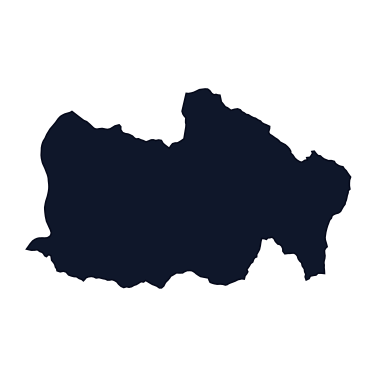 the district of Avaré, São Paulo, Brazil, rotated 98°
{"feature_id": "56859067B63213582970930", "entity_name": "Avaré", "entity_type": "district", "adm_level": 2, "iso_a3": "BRA", "parent_name": "Brazil", "parent_adm1": "São Paulo", "projection": "mercator", "projection_center": [-48.891, -23.063], "detail": "fine", "context": "isolated", "style": "filled", "palette": "ink", "viewbox_px": 384, "rotation_deg": 98, "n_neighbors": 0, "source": "geoboundaries", "source_scale": "gbopen_adm2", "svg_char_len": 4658}
<svg xmlns="http://www.w3.org/2000/svg" viewBox="0 0 384 384"><g transform="rotate(98 192 192)"><path d="M128.9,322.1L130.2,323.7L131.1,325.7L132.5,328.8L134.0,331.0L135.5,332.8L138.0,334.6L141.9,336.6L143.4,337.5L145.5,338.8L149.4,341.3L155.2,343.8L159.4,345.0L162.0,346.2L163.8,346.7L166.3,347.1L169.2,347.2L171.9,346.9L176.5,346.5L179.4,345.8L183.2,344.4L184.8,343.6L189.3,340.7L192.8,338.8L194.5,337.8L196.7,336.8L198.5,336.2L200.9,335.7L204.5,334.8L206.8,334.4L208.8,334.2L211.7,334.2L214.7,334.4L216.6,334.6L221.2,335.4L223.6,335.6L227.8,335.7L229.6,335.4L232.8,334.7L236.5,333.7L241.2,332.0L247.1,328.3L249.2,326.9L251.9,325.7L253.9,325.8L255.7,326.6L257.5,328.9L258.1,331.6L258.3,333.7L258.9,337.1L259.6,338.9L260.8,340.9L262.7,343.0L266.0,345.1L268.6,346.4L271.6,348.0L272.0,343.0L271.4,339.6L270.7,337.1L272.1,334.4L272.6,331.9L273.8,330.4L275.6,329.0L276.3,327.2L273.8,325.1L274.9,322.7L279.1,321.5L281.4,319.0L282.9,317.8L285.5,316.7L286.9,315.3L288.8,314.7L289.4,311.4L288.3,308.3L288.8,305.5L291.3,302.7L291.9,299.9L292.2,297.0L291.9,294.7L293.4,291.6L293.9,289.0L295.1,287.2L293.4,286.0L291.7,285.0L290.5,283.0L289.6,279.9L289.7,277.5L290.5,275.0L289.7,272.2L290.2,268.0L290.3,265.5L291.0,263.5L290.6,261.1L289.9,259.1L290.3,256.7L291.4,254.0L293.5,251.8L295.3,249.1L296.1,246.3L294.9,243.7L295.1,241.1L294.2,238.7L292.4,236.4L291.5,234.4L290.1,232.6L287.9,230.1L287.9,227.4L286.0,225.7L286.9,223.4L288.2,220.4L289.0,218.4L289.4,216.5L290.1,213.7L291.5,211.0L291.2,208.8L289.0,206.9L286.2,206.0L284.6,205.2L282.6,203.6L280.1,202.1L278.4,201.4L276.7,199.1L274.2,196.1L274.0,193.4L273.4,190.0L272.0,188.4L270.5,185.9L270.0,182.8L270.0,180.9L271.2,178.1L272.3,176.5L273.4,174.3L274.5,171.8L274.6,169.9L274.9,163.8L277.1,162.7L278.9,161.5L279.4,159.3L279.7,157.2L279.8,154.2L279.2,151.1L279.1,148.4L279.5,146.0L278.8,144.3L277.5,142.8L276.4,140.9L275.1,138.5L274.2,136.9L272.4,134.3L271.7,132.4L271.0,130.6L271.0,128.1L267.7,127.8L265.3,126.4L263.2,125.6L261.2,126.9L258.1,125.3L254.7,123.9L252.9,122.1L250.1,121.6L248.3,120.7L247.2,118.9L244.8,119.2L242.0,118.1L239.5,117.2L235.6,116.9L232.5,116.9L230.4,116.8L228.2,116.4L228.2,113.6L228.6,111.7L226.9,110.6L226.5,108.6L225.6,106.5L226.7,104.4L229.4,102.5L231.6,99.8L231.8,97.6L233.1,95.7L235.5,94.2L238.0,93.8L240.3,91.5L239.4,88.3L239.1,86.3L238.6,84.4L238.3,82.3L239.2,80.4L240.6,78.8L243.4,77.5L245.3,75.8L246.8,73.6L249.9,72.5L252.5,70.1L255.4,69.3L257.5,67.9L260.3,68.2L263.3,66.7L261.5,64.0L258.8,63.1L257.7,60.1L257.0,57.6L254.9,56.0L254.4,52.6L254.3,49.4L251.2,50.0L248.3,50.7L245.9,50.9L244.0,51.5L241.9,51.6L239.3,51.3L236.6,51.4L234.3,52.1L231.4,52.7L229.1,51.9L227.4,50.5L225.2,51.4L223.4,52.2L221.0,53.3L218.5,53.9L216.4,53.9L213.2,53.9L209.2,53.5L206.1,53.0L203.6,52.4L201.9,52.1L200.1,51.5L198.7,50.4L195.9,49.9L194.6,48.5L193.5,46.7L192.3,44.0L190.6,42.2L187.7,41.1L185.0,40.0L182.9,38.8L180.8,38.7L178.5,38.1L176.2,37.9L173.9,37.8L171.1,37.3L168.9,37.5L167.2,36.0L164.1,37.0L161.3,37.4L158.3,37.6L155.1,37.0L153.1,39.0L151.4,40.6L149.5,42.2L147.8,44.5L146.0,46.0L145.9,48.1L145.5,50.3L144.6,52.3L143.7,54.0L141.9,55.3L141.5,58.3L142.0,61.3L141.5,63.4L140.9,65.8L139.7,68.1L138.4,69.8L138.3,72.5L136.4,74.7L134.5,76.6L135.2,79.0L136.8,78.0L139.0,78.9L141.2,80.0L142.0,83.2L144.1,82.2L145.0,84.8L147.2,87.2L147.1,89.4L145.8,92.4L144.2,94.8L141.3,97.4L139.8,99.6L137.9,99.9L135.9,101.4L133.9,103.7L132.2,106.3L131.0,109.7L130.3,111.7L129.1,113.1L128.0,114.7L126.9,117.2L125.2,120.4L123.9,123.3L122.0,124.5L118.5,124.0L116.2,124.2L115.7,126.0L115.1,127.9L114.6,130.1L113.7,132.4L112.2,134.0L111.5,136.5L110.1,139.4L109.9,141.4L108.9,144.3L107.7,146.8L107.6,149.2L106.3,151.5L105.6,153.7L103.9,155.6L103.3,158.4L104.2,161.5L105.7,164.8L103.6,168.6L103.0,170.9L100.4,173.5L98.6,175.5L96.3,176.3L92.2,177.8L92.3,179.9L92.0,181.8L92.7,183.8L91.7,186.1L89.1,188.6L87.9,190.8L88.1,193.4L89.0,196.7L89.6,198.9L91.3,201.4L93.0,204.0L94.0,206.2L95.0,209.2L95.1,211.5L113.4,213.1L116.1,211.8L117.9,210.2L119.4,208.4L121.5,208.3L124.0,208.0L125.9,207.3L128.5,207.1L140.5,207.4L143.1,210.2L144.3,211.7L145.4,213.2L145.8,215.6L146.9,218.0L149.6,219.6L151.9,220.6L150.3,223.4L149.4,225.0L147.9,227.4L145.2,229.5L145.1,232.3L146.1,235.0L145.7,237.6L146.1,239.7L147.6,242.2L148.8,244.5L147.9,247.4L147.4,250.2L146.7,252.3L147.3,255.0L146.3,256.9L144.9,258.7L143.9,261.7L143.5,263.5L143.5,266.1L142.8,269.0L140.1,271.3L137.2,271.6L135.6,273.5L137.3,277.5L138.9,279.4L140.8,281.7L141.8,284.3L141.8,286.2L141.6,289.8L142.2,292.3L143.0,294.9L142.9,297.1L142.0,298.8L139.4,302.4L137.0,306.1L136.2,309.2L134.8,311.7L133.3,314.4L128.9,322.1Z" fill="#0f172a" stroke="#020617" stroke-width="1.5"/></g></svg>